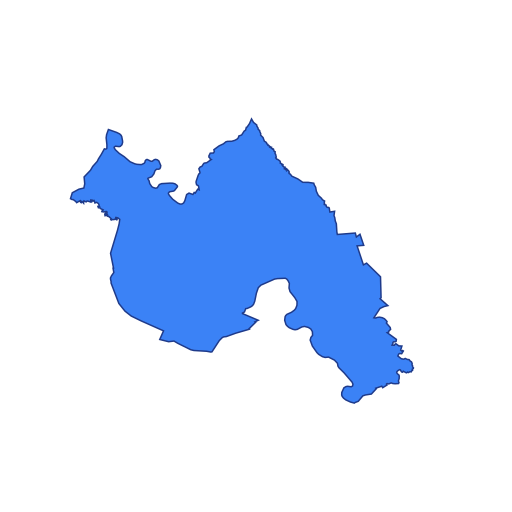 Recea, Maramures, Romania (Robinson projection), rotated 208°
{"feature_id": "2599482B24174964580354", "entity_name": "Recea", "entity_type": "district", "adm_level": 2, "iso_a3": "ROU", "parent_name": "Romania", "parent_adm1": "Maramures", "projection": "robinson", "projection_center": [23.475, 47.622], "detail": "fine", "context": "isolated", "style": "filled", "palette": "blue", "viewbox_px": 512, "rotation_deg": 208, "n_neighbors": 0, "source": "geoboundaries", "source_scale": "gbopen_adm2", "svg_char_len": 6096}
<svg xmlns="http://www.w3.org/2000/svg" viewBox="0 0 512 512"><g transform="rotate(208 256 256)"><path d="M324.3,374.9L323.9,369.9L324.3,366.4L324.6,365.0L324.9,364.9L324.3,362.2L325.1,360.7L325.5,356.1L327.5,353.9L327.1,352.2L327.6,350.3L328.9,348.3L331.3,345.9L334.9,343.9L336.2,342.7L337.4,339.8L340.3,335.9L343.1,330.1L341.8,328.6L341.9,327.0L344.7,325.3L344.6,322.3L344.0,321.2L342.4,320.7L341.9,320.1L340.8,320.2L343.3,315.2L345.1,313.9L345.6,313.2L345.9,309.7L347.1,308.4L347.4,306.2L344.7,303.5L344.5,302.8L345.0,301.6L344.9,299.8L343.9,293.8L343.4,292.7L341.9,291.0L340.1,291.0L339.5,290.6L337.3,287.8L338.8,287.7L339.2,283.0L340.4,283.1L340.6,280.7L344.7,280.1L346.1,277.7L344.8,271.4L344.8,268.9L345.3,267.9L346.1,266.9L347.5,266.2L350.0,266.0L356.2,267.0L360.9,268.8L362.5,269.8L362.9,270.4L362.5,272.1L359.4,274.5L358.7,275.5L357.9,280.1L358.1,280.8L359.0,281.3L361.5,281.7L363.6,281.2L366.1,280.0L373.3,275.6L374.9,273.7L375.2,269.9L376.5,268.7L379.1,268.2L380.6,268.3L383.9,270.1L385.7,272.2L387.8,273.4L387.8,274.1L385.3,277.0L384.7,280.5L385.2,283.8L385.0,284.7L384.5,286.0L382.6,287.0L381.9,287.9L381.9,289.2L382.5,291.1L386.4,294.3L388.3,294.6L390.0,294.2L391.0,293.3L392.2,290.8L393.4,290.3L397.2,290.2L397.8,289.9L398.3,289.1L398.5,288.0L398.1,286.6L398.2,285.5L399.9,283.1L400.9,282.5L404.3,281.0L406.3,280.5L411.4,280.1L419.0,281.8L425.0,282.4L430.1,283.8L432.1,285.0L432.3,285.7L431.6,287.0L428.2,288.3L427.3,289.1L426.6,291.3L427.1,293.7L427.8,294.9L430.6,298.4L431.9,299.3L433.7,299.8L437.0,299.7L445.7,298.4L444.9,293.0L443.8,290.0L439.8,284.1L438.3,281.2L438.3,280.6L439.0,279.7L440.2,279.4L440.3,272.9L440.7,267.8L440.6,265.0L442.2,258.5L442.4,254.0L444.9,245.1L441.1,239.3L439.9,235.2L443.7,231.9L447.9,225.6L446.7,219.5L444.9,219.5L443.9,220.0L440.7,219.5L439.4,218.9L437.1,222.5L436.4,222.3L436.4,221.3L435.9,221.0L435.2,221.1L435.2,222.2L434.9,222.4L433.0,221.7L433.7,223.1L433.8,223.9L431.4,224.0L431.1,225.0L430.4,225.5L426.9,226.1L427.0,226.8L428.1,227.5L428.2,227.9L426.5,228.5L425.7,227.7L425.1,229.0L424.4,228.6L423.1,227.2L421.9,228.6L419.7,228.3L418.3,227.2L418.1,226.3L418.9,225.6L418.0,224.8L417.9,225.5L416.9,225.9L416.0,224.8L412.6,225.0L412.7,223.9L413.2,223.2L412.9,222.8L410.9,223.5L409.9,224.5L409.3,224.2L408.8,225.1L408.4,225.0L408.0,224.6L407.8,223.5L407.0,223.0L409.1,222.7L409.2,222.0L408.2,220.7L406.9,222.0L406.0,221.4L404.1,221.7L401.3,220.9L401.4,220.0L400.7,219.8L399.9,220.7L398.4,221.5L397.7,222.5L395.9,222.6L395.9,223.2L397.6,223.4L397.9,224.2L397.5,224.4L395.9,224.8L393.5,224.4L392.0,220.3L390.4,213.8L385.7,190.1L376.1,178.4L376.5,178.1L373.8,174.7L374.3,170.7L374.2,168.4L373.7,167.4L371.8,165.2L371.3,164.1L354.8,149.7L345.8,145.8L338.0,144.4L326.7,144.8L302.5,146.5L301.8,137.1L292.9,139.3L288.5,142.4L284.1,142.2L269.6,142.6L266.5,143.4L254.9,148.7L250.8,150.0L249.9,150.7L248.7,164.1L247.5,168.1L246.6,169.4L244.4,170.9L237.7,178.3L227.5,188.2L227.4,188.4L228.0,188.5L225.2,197.3L226.0,197.4L223.9,200.3L240.9,198.8L241.2,199.2L239.9,201.2L240.4,204.7L239.2,205.5L236.7,208.7L235.8,210.5L235.5,212.4L235.9,215.6L238.2,223.4L239.1,229.1L238.0,232.6L228.8,244.3L226.5,246.1L219.7,250.1L218.1,250.1L216.2,249.3L213.7,247.5L211.8,243.2L209.2,240.5L202.1,237.4L198.4,235.1L196.7,231.7L196.3,228.2L196.7,226.2L198.3,222.9L201.3,219.0L201.8,217.3L201.8,216.1L200.5,212.7L197.3,209.5L195.2,208.7L193.0,208.3L188.9,208.6L186.9,209.2L185.1,210.6L182.2,214.9L180.1,216.6L176.3,217.5L173.4,217.3L170.7,215.7L168.8,212.5L169.3,209.9L168.7,207.2L163.9,202.9L156.8,199.3L154.5,198.6L150.1,198.3L147.3,198.9L144.5,200.8L137.8,200.9L133.7,199.5L131.9,197.2L130.4,196.3L123.4,194.2L111.9,189.7L110.2,188.3L109.7,186.5L110.6,185.2L113.9,184.0L115.2,183.0L116.5,180.9L116.2,175.8L115.1,173.5L114.0,172.5L112.0,171.6L109.2,171.1L104.0,171.4L100.1,172.3L99.7,173.2L97.5,175.7L96.0,182.7L94.1,184.7L89.3,188.3L87.5,195.2L88.2,195.5L83.8,200.1L82.3,199.2L79.8,203.5L80.5,203.9L80.7,204.4L80.4,204.9L78.7,205.4L77.1,207.4L75.4,207.6L73.2,208.5L70.3,210.3L70.3,211.3L71.6,212.5L72.1,215.1L73.2,217.3L73.9,218.0L76.2,218.5L77.2,219.4L77.3,220.0L76.8,221.6L75.8,223.1L75.0,223.2L73.5,222.2L72.4,222.0L72.0,222.3L71.9,223.4L68.6,223.4L68.1,223.6L67.8,224.6L66.6,224.7L65.9,226.0L64.5,226.6L64.6,227.8L64.1,228.5L64.9,229.4L64.3,230.3L64.4,231.1L65.7,231.6L66.2,232.6L67.1,233.1L67.7,234.5L69.0,235.5L70.8,235.7L72.2,236.4L73.8,235.7L76.2,235.6L77.0,234.3L79.5,233.5L83.8,234.3L84.0,236.3L83.5,237.3L81.5,238.1L81.3,241.3L82.1,241.4L82.4,240.5L84.1,240.8L84.9,245.0L87.7,243.7L91.2,244.2L91.7,243.8L92.0,242.1L94.0,241.2L94.0,242.9L94.5,243.8L94.3,244.8L92.6,245.7L92.2,246.4L92.9,248.3L104.2,249.9L103.1,251.2L103.5,252.0L102.7,254.4L104.0,255.9L109.4,258.0L109.4,259.5L110.3,260.0L113.1,260.9L115.6,260.8L118.2,260.0L120.1,258.7L121.1,257.5L122.9,256.8L121.9,267.9L119.1,271.6L116.3,274.1L126.4,276.5L126.0,277.9L136.3,296.1L155.0,301.6L157.0,298.6L171.5,312.4L165.9,316.0L174.4,324.0L176.3,319.9L179.1,322.9L194.3,313.2L195.9,315.2L200.2,322.2L202.4,324.1L204.5,326.9L206.1,328.3L207.6,332.4L211.4,329.5L213.9,332.8L214.6,333.0L215.9,332.4L217.1,332.7L218.1,333.9L219.9,333.5L220.2,334.0L220.1,334.5L221.1,335.7L221.2,336.7L223.9,336.9L225.2,337.7L229.5,338.8L233.1,341.5L235.6,344.7L237.9,346.1L239.2,347.4L244.3,345.6L249.3,343.0L255.2,343.7L261.9,343.3L264.1,344.4L265.2,344.3L266.0,344.8L266.0,345.7L267.6,346.8L268.5,346.7L268.8,346.1L269.1,347.1L269.5,347.3L269.9,347.1L270.3,346.2L271.2,346.6L271.9,346.3L272.1,346.6L271.1,347.5L271.8,347.6L272.2,348.1L272.7,347.7L274.5,348.0L275.6,348.6L274.9,349.1L275.1,349.4L278.2,349.4L278.5,350.3L279.5,351.1L282.4,351.5L283.3,351.2L284.7,352.0L284.5,352.8L286.4,355.0L287.2,355.3L288.1,357.1L289.2,357.0L290.4,358.2L291.3,358.1L291.2,358.6L293.1,358.4L293.3,359.1L293.6,358.9L294.3,359.3L294.8,358.5L295.3,358.6L295.8,359.4L296.7,359.6L297.4,359.3L297.9,360.1L299.4,360.2L299.7,360.8L300.5,361.2L302.5,361.3L305.4,363.9L308.7,364.9L309.2,366.2L311.3,367.8L311.6,368.4L313.7,369.0L314.2,369.9L316.3,371.1L316.8,372.0L320.9,372.8L324.3,374.9Z" fill="#3b82f6" stroke="#1e3a8a" stroke-width="1.5"/></g></svg>